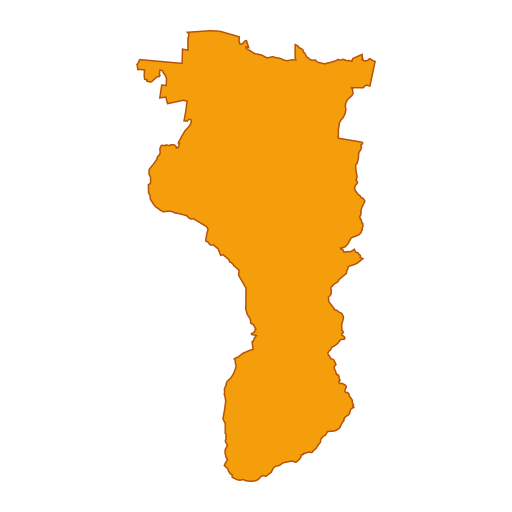 Astileu, Bihor, Romania (Equal Earth projection)
{"feature_id": "2599482B38905853959599", "entity_name": "Astileu", "entity_type": "district", "adm_level": 2, "iso_a3": "ROU", "parent_name": "Romania", "parent_adm1": "Bihor", "projection": "equal_earth", "projection_center": [22.385, 46.984], "detail": "fine", "context": "isolated", "style": "filled", "palette": "amber", "viewbox_px": 512, "rotation_deg": 0, "n_neighbors": 0, "source": "geoboundaries", "source_scale": "gbopen_adm2", "svg_char_len": 6002}
<svg xmlns="http://www.w3.org/2000/svg" viewBox="0 0 512 512"><path d="M243.8,479.6L245.3,480.6L248.2,481.1L252.2,481.3L255.6,480.7L258.1,479.6L261.5,476.1L263.1,475.7L265.9,476.3L271.2,472.3L273.4,468.0L275.9,466.1L278.1,465.8L279.6,465.3L283.1,462.8L292.0,461.0L295.8,462.3L299.5,459.3L301.1,456.5L301.2,454.9L303.6,454.4L303.4,453.5L306.7,452.8L308.2,452.1L311.4,452.5L312.2,452.3L312.8,451.7L313.1,450.8L315.9,448.7L318.3,444.9L320.3,442.4L321.0,439.0L323.4,436.3L325.2,435.3L326.4,433.8L327.4,431.6L334.4,431.0L337.0,429.9L339.6,427.9L340.4,426.7L341.1,424.5L344.1,420.2L343.7,419.2L344.8,418.1L345.3,416.8L348.4,415.0L349.9,412.8L349.8,412.0L351.0,409.0L353.7,407.4L353.0,406.9L352.7,405.8L353.0,405.5L353.4,405.7L353.5,404.6L352.2,402.7L352.4,401.7L352.2,400.0L349.3,395.8L349.0,394.1L347.5,392.4L346.2,392.5L344.9,391.7L344.8,390.4L346.3,387.1L346.0,385.9L345.0,384.9L341.9,383.3L340.0,383.6L338.7,382.2L338.8,381.5L340.1,380.6L339.2,378.2L339.1,376.9L338.5,375.1L337.2,374.4L336.6,374.7L335.4,370.6L334.6,369.3L334.1,366.7L336.0,364.6L335.9,364.3L333.8,359.9L330.4,358.2L329.5,356.0L328.7,355.6L327.8,353.4L328.8,351.0L330.1,350.5L331.6,347.7L332.3,347.0L334.6,345.8L337.0,344.0L338.2,342.9L340.4,339.8L341.7,339.4L344.1,339.2L344.6,339.0L344.8,338.1L344.7,337.3L344.1,336.6L341.7,334.8L341.8,334.2L343.4,332.3L342.8,331.1L341.5,330.0L341.9,328.7L341.6,325.0L343.5,317.9L343.2,316.1L341.9,313.7L340.9,312.9L338.9,312.1L337.2,310.5L334.5,309.7L334.1,308.5L328.8,301.6L328.5,297.0L329.9,295.8L331.2,293.9L331.3,290.8L330.8,288.5L331.4,286.9L333.8,284.4L337.9,281.7L339.1,279.5L346.3,273.5L347.1,270.0L348.1,268.2L348.1,267.1L348.7,266.4L352.9,264.9L353.6,264.9L357.2,263.2L362.9,258.7L360.2,257.6L360.5,255.8L360.3,255.5L358.6,253.9L358.1,252.9L355.4,252.0L354.4,249.3L350.7,251.7L347.0,251.7L343.9,252.1L342.8,249.6L340.8,249.1L340.5,248.1L341.5,248.1L345.4,246.7L348.2,243.6L349.9,239.9L350.4,239.7L351.0,238.0L359.1,234.7L361.1,232.5L361.5,230.7L362.2,230.2L362.2,228.2L362.8,227.0L363.0,224.9L362.8,224.7L362.8,223.4L362.1,223.1L361.6,222.2L361.5,220.8L361.1,219.3L360.5,219.0L359.8,218.0L360.1,217.2L359.8,216.9L359.9,216.2L360.8,214.7L361.1,212.4L361.1,211.8L360.6,211.3L361.4,209.3L361.9,207.2L364.9,201.2L363.1,198.4L360.7,197.3L360.3,196.0L357.6,193.9L356.5,192.1L355.8,191.6L354.7,188.9L354.7,188.2L354.8,186.4L357.5,182.9L356.9,180.9L356.0,180.2L356.7,178.5L357.1,176.4L356.1,171.7L355.7,167.7L355.7,165.8L356.1,164.2L357.0,163.6L358.3,158.9L358.8,152.6L360.9,149.4L361.5,146.9L361.0,146.3L361.0,144.8L362.1,144.2L362.6,143.5L362.6,142.9L362.1,142.3L359.8,141.8L338.3,138.2L338.3,136.7L338.1,136.7L338.6,132.3L338.2,131.4L339.5,122.6L341.3,119.5L342.4,118.6L344.0,115.9L345.3,112.9L345.9,109.2L345.3,106.5L345.7,103.3L347.4,99.6L351.8,95.7L353.0,93.7L352.8,91.2L352.3,89.6L352.9,88.6L350.8,87.6L362.9,87.8L363.9,87.2L365.3,85.5L365.8,85.3L367.3,85.4L369.9,86.1L375.1,61.5L371.9,60.1L370.2,58.7L369.3,58.8L369.2,59.3L368.1,60.1L365.6,60.9L364.0,60.8L362.6,60.1L361.8,59.4L362.4,58.9L362.8,59.0L362.6,57.6L361.8,56.7L362.2,56.3L362.1,54.4L353.0,58.4L352.3,59.6L351.8,61.4L349.3,60.5L348.1,60.5L347.8,60.8L345.7,60.5L345.2,59.9L342.9,59.2L341.3,60.1L339.1,60.0L338.0,59.4L336.5,60.5L330.2,62.5L326.6,63.2L325.1,63.9L320.2,62.9L316.8,61.8L315.5,60.0L312.8,60.3L310.1,59.7L309.2,58.6L306.5,56.7L304.9,53.3L303.3,51.8L302.9,49.8L300.7,48.3L299.5,48.0L297.8,45.9L295.2,44.6L295.1,57.5L295.8,59.9L292.1,59.8L287.4,60.7L284.2,60.2L280.2,58.4L275.6,57.6L272.8,56.7L267.0,57.9L261.5,54.9L258.5,54.5L258.2,54.0L255.6,54.0L251.1,51.5L250.2,50.5L248.5,50.0L246.4,48.6L246.0,46.8L248.7,47.6L246.5,40.7L245.2,40.7L242.5,43.7L240.2,44.3L239.7,43.5L239.0,40.2L239.4,36.9L221.2,31.6L218.2,31.1L210.6,30.7L187.4,32.3L188.7,33.7L188.7,36.0L188.0,38.1L187.8,50.2L182.5,49.1L182.1,63.4L139.7,59.6L137.8,63.7L136.9,64.5L137.3,65.4L137.8,69.6L138.3,69.7L138.4,69.3L144.4,69.9L144.3,70.5L144.6,70.5L144.1,74.9L144.3,75.4L144.2,76.7L144.6,78.0L144.6,79.3L146.9,79.7L146.7,81.1L147.6,81.5L148.1,81.3L150.3,82.2L151.8,81.5L157.1,76.8L159.1,76.7L160.0,75.5L159.4,75.1L159.8,70.2L161.7,70.3L162.6,71.2L163.8,73.6L165.0,75.0L166.5,78.2L166.2,85.5L161.7,85.0L159.8,97.9L165.8,97.1L167.5,103.7L183.1,100.3L187.1,101.0L185.7,111.8L184.0,120.9L187.2,121.1L188.4,119.7L189.4,119.3L191.5,120.1L190.8,123.5L190.3,124.5L188.2,127.4L184.9,130.9L182.4,135.3L181.6,136.3L180.3,139.2L178.7,141.8L178.3,143.0L179.6,143.5L179.0,144.5L178.7,146.7L178.0,147.8L177.3,147.6L176.9,148.0L176.3,148.0L176.4,147.1L175.9,146.2L174.5,145.0L172.8,144.7L170.8,144.8L169.6,145.6L166.0,144.9L165.6,145.6L161.7,145.3L161.0,146.0L160.3,147.4L159.8,149.5L160.3,152.5L159.3,155.1L158.5,155.6L157.6,156.7L156.6,159.8L156.2,160.0L154.5,162.8L149.3,169.2L149.1,170.0L149.0,174.1L150.7,177.5L150.5,178.7L150.6,182.0L150.3,183.6L148.4,184.6L148.5,192.5L150.3,196.2L150.1,197.8L150.6,199.7L153.9,204.7L155.4,206.6L160.2,210.1L163.2,211.8L168.4,211.2L171.9,211.5L175.0,213.0L177.9,213.3L186.5,215.6L189.0,218.0L190.8,219.0L193.5,218.8L206.7,226.7L208.0,229.3L206.9,233.5L205.7,240.0L206.0,241.3L207.8,241.9L210.1,244.9L213.6,245.0L218.1,248.9L220.7,255.4L222.9,254.7L228.6,259.3L229.8,262.1L231.4,262.6L234.3,266.0L239.0,270.2L238.6,275.3L246.0,288.1L245.8,309.3L247.3,314.4L250.3,319.1L250.9,323.4L253.2,324.5L255.8,328.9L255.4,328.9L254.5,331.9L251.4,333.8L251.7,334.5L256.4,335.5L254.3,338.3L253.2,341.4L252.1,341.6L253.0,349.4L250.6,350.0L243.0,353.2L238.0,357.1L235.5,358.1L234.2,359.0L234.5,359.3L235.2,360.6L235.4,363.3L236.0,364.7L236.1,365.8L235.4,368.9L233.7,373.4L230.9,377.9L227.5,381.0L226.3,383.0L226.2,385.1L224.5,388.4L224.4,389.7L224.6,391.7L224.3,394.4L225.1,396.7L225.7,401.4L224.3,411.4L222.9,418.8L225.3,423.5L225.2,433.3L226.1,434.4L226.2,435.5L225.8,437.4L226.2,439.0L225.5,440.0L225.3,441.3L227.4,445.6L225.2,449.5L225.0,452.7L226.0,457.0L227.4,459.7L225.3,463.2L224.3,465.6L227.7,468.6L228.5,471.2L230.5,474.1L232.1,474.7L232.2,477.3L237.4,479.8L239.7,480.2L243.8,479.6Z" fill="#f59e0b" stroke="#b45309" stroke-width="1.5"/></svg>